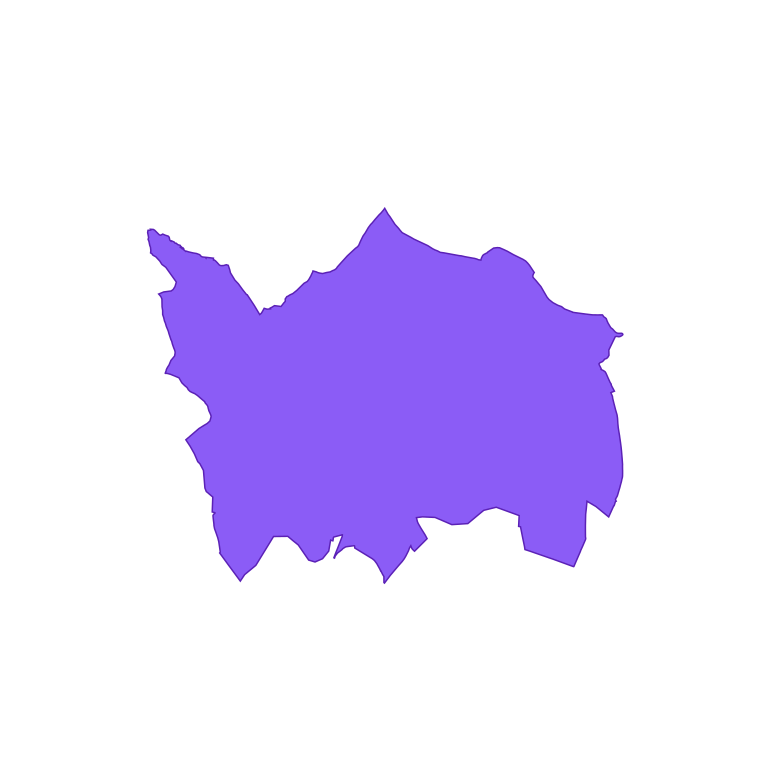 the district of Ciugud, Alba, Romania, rotated 238°
{"feature_id": "2599482B73619995262158", "entity_name": "Ciugud", "entity_type": "district", "adm_level": 2, "iso_a3": "ROU", "parent_name": "Romania", "parent_adm1": "Alba", "projection": "robinson", "projection_center": [23.641, 46.062], "detail": "fine", "context": "isolated", "style": "filled", "palette": "violet", "viewbox_px": 768, "rotation_deg": 238, "n_neighbors": 0, "source": "geoboundaries", "source_scale": "gbopen_adm2", "svg_char_len": 6135}
<svg xmlns="http://www.w3.org/2000/svg" viewBox="0 0 768 768"><g transform="rotate(238 384 384)"><path d="M439.4,533.7L438.6,532.7L437.7,531.8L439.5,529.8L440.6,529.1L442.5,527.4L443.7,526.0L449.0,520.2L451.6,517.6L453.1,515.7L463.4,504.4L465.9,501.4L468.4,500.0L470.8,498.2L473.0,496.9L478.1,494.5L491.1,486.1L494.2,484.5L502.7,479.6L505.9,479.1L508.1,478.9L513.5,477.9L523.0,477.7L525.7,477.4L532.6,477.7L531.7,475.5L530.6,472.0L530.1,469.6L528.3,463.6L526.7,458.8L526.4,457.3L525.0,453.7L522.1,448.2L520.6,444.6L517.4,439.5L515.1,436.2L514.4,434.4L514.2,431.7L512.1,420.8L509.5,411.6L508.0,406.5L507.2,404.8L507.0,402.6L507.4,400.4L507.6,397.7L509.0,394.3L510.2,390.5L512.1,388.3L513.6,386.9L515.0,386.0L517.5,383.7L516.6,382.7L515.5,380.8L514.5,379.4L512.4,375.5L511.6,373.2L511.8,369.6L510.3,362.8L509.6,359.7L509.0,354.6L509.4,351.6L509.4,348.8L509.6,347.9L508.4,345.2L507.9,345.0L506.4,344.0L505.8,341.8L504.3,337.8L508.5,332.6L508.5,329.7L508.7,327.7L507.9,327.6L509.4,324.5L511.7,322.5L509.9,319.3L509.0,317.5L508.7,315.4L519.4,315.6L532.2,315.3L532.7,314.8L538.9,314.1L546.2,313.6L551.1,312.6L559.6,312.7L562.9,313.8L567.2,314.8L568.7,313.5L568.9,312.8L569.5,310.7L570.7,308.6L571.5,307.8L572.3,307.4L575.3,306.9L577.6,306.4L579.1,305.8L579.5,305.1L580.9,305.8L581.1,306.0L584.5,301.8L585.6,300.4L585.1,299.8L586.1,299.7L588.1,297.2L589.5,296.5L590.7,296.4L591.5,296.1L594.0,294.2L596.3,291.6L599.6,288.3L601.4,286.8L601.4,286.2L604.3,285.2L604.6,285.8L606.0,285.7L606.3,285.3L605.5,284.7L605.8,284.4L606.5,284.5L607.8,283.6L608.0,283.8L607.3,284.9L607.5,285.0L608.8,284.4L609.4,284.7L609.9,284.4L611.3,283.1L613.6,282.3L613.7,281.9L614.3,281.4L615.6,281.3L618.0,279.7L617.8,279.1L619.5,278.6L622.3,279.6L623.7,279.4L626.2,277.3L628.4,275.8L628.5,273.5L629.6,272.5L636.0,271.0L637.3,270.3L638.9,268.1L638.2,268.1L638.3,267.3L639.4,265.3L637.7,263.8L633.0,262.0L631.7,260.6L629.4,260.2L625.7,258.8L623.7,258.4L620.6,256.9L618.9,255.5L617.5,256.2L616.0,256.2L614.9,256.7L612.8,257.9L607.0,259.0L604.0,259.0L602.9,259.1L598.6,260.8L580.5,261.9L577.4,258.4L575.9,255.3L575.7,252.8L578.8,246.0L579.7,240.6L577.3,241.0L575.4,241.0L573.6,240.6L567.1,236.7L563.6,235.2L560.2,233.1L557.2,232.4L553.7,231.2L551.7,230.9L548.1,229.9L543.3,229.1L540.6,228.3L534.5,226.8L532.7,226.6L530.0,225.7L526.0,224.8L524.1,224.5L522.0,223.9L521.0,223.3L518.7,221.2L516.9,215.8L514.0,211.7L512.9,209.3L511.6,207.1L510.9,206.5L509.1,204.2L508.7,204.4L508.5,204.9L507.5,206.1L505.2,208.2L497.9,213.4L492.1,213.2L488.3,214.1L485.4,215.1L482.8,215.0L480.4,215.6L478.4,216.8L476.1,218.4L473.1,219.7L468.2,221.2L463.9,222.6L463.0,222.3L459.5,222.8L458.4,222.7L456.4,222.0L454.1,221.3L450.8,220.9L448.9,220.5L448.0,220.1L447.2,219.3L444.9,216.8L444.2,213.1L444.3,209.5L444.3,205.0L444.3,203.5L441.7,186.4L433.9,186.6L425.4,186.2L416.8,184.9L413.9,185.6L406.4,185.1L390.7,177.0L387.0,176.3L378.9,178.9L366.5,170.5L364.5,172.4L364.0,172.1L363.7,170.3L363.0,169.2L360.0,167.7L355.5,165.6L353.9,164.7L351.0,163.6L347.2,162.8L341.6,161.5L337.8,160.3L328.7,156.3L328.1,155.9L327.8,155.1L313.7,156.1L293.0,157.7L296.2,164.8L298.1,179.2L313.2,209.5L305.8,221.7L299.3,223.8L292.9,226.0L274.6,226.8L269.6,231.2L268.4,239.3L271.6,248.6L279.9,256.0L278.1,257.5L278.8,258.3L279.7,258.9L280.7,259.9L280.8,260.5L278.5,267.7L278.4,268.6L278.2,268.8L277.0,267.9L276.0,266.6L269.8,258.3L267.4,255.0L265.7,252.7L263.2,249.4L262.6,249.8L264.0,251.5L265.3,255.1L265.5,257.7L265.8,260.5L266.2,261.9L266.2,265.2L265.3,267.3L262.8,272.8L262.6,273.1L262.2,273.2L261.2,272.7L260.4,272.3L248.4,278.3L242.0,281.5L239.6,282.3L239.1,282.4L235.5,282.7L229.6,282.4L227.2,282.1L227.2,282.3L223.1,281.9L220.8,281.9L215.6,278.7L214.9,278.9L218.4,288.0L222.3,300.2L223.8,305.3L225.0,308.4L226.5,311.3L229.6,316.4L231.5,318.8L232.6,321.0L232.2,320.9L231.2,320.7L230.7,320.6L229.3,320.5L227.7,320.8L226.9,321.0L226.6,321.1L226.0,321.3L226.1,321.7L230.0,338.6L234.2,338.9L234.9,338.9L236.1,338.9L236.6,338.9L237.4,338.9L241.0,338.9L242.1,338.9L242.3,338.9L247.6,339.1L249.6,339.4L253.5,340.7L250.9,346.3L243.8,356.6L228.8,367.0L221.2,381.1L223.5,397.7L224.0,401.7L220.0,413.9L200.8,428.9L191.9,422.7L190.6,424.1L179.8,420.0L171.7,417.0L168.9,415.8L165.0,419.1L161.5,421.9L147.0,433.6L146.8,433.8L129.1,447.6L128.7,447.9L128.6,448.3L132.0,453.2L135.1,457.7L137.9,461.8L138.6,462.6L141.1,466.4L145.4,472.6L146.4,473.4L146.8,473.5L147.7,473.9L152.1,476.6L157.4,479.9L164.7,484.7L166.8,486.1L171.2,489.6L177.0,494.0L167.8,498.8L152.2,504.1L158.9,514.2L158.8,514.5L159.5,515.5L161.2,517.4L161.9,518.5L161.7,518.8L162.7,519.0L163.7,519.3L164.5,520.9L165.4,522.5L166.6,523.9L168.4,525.9L171.2,529.1L173.4,531.4L175.3,533.5L177.3,535.4L178.4,536.6L179.5,537.5L181.8,539.0L184.2,540.5L185.1,541.0L188.2,542.9L189.4,543.7L194.5,546.4L197.6,548.0L201.3,549.9L205.0,551.7L208.9,553.5L213.9,555.7L215.4,556.4L218.1,557.5L222.8,559.5L225.0,560.6L226.8,561.5L229.7,563.1L231.4,564.0L232.8,564.6L234.1,565.2L235.1,565.5L239.7,566.8L244.7,568.4L245.4,568.6L250.5,570.3L252.5,571.2L256.5,571.8L255.8,575.6L261.5,576.0L262.8,576.2L263.4,576.6L265.6,576.6L269.4,577.1L270.1,577.2L273.5,577.7L275.7,578.0L277.3,578.0L279.1,577.2L281.3,575.8L281.6,576.2L282.8,576.4L286.3,576.7L287.2,577.0L287.6,578.4L287.2,581.2L287.5,582.3L287.7,583.2L288.2,584.0L287.7,586.4L288.0,587.9L289.1,590.0L293.7,592.7L297.6,598.9L301.5,605.1L301.4,605.8L301.1,606.5L299.6,608.2L299.1,609.5L299.0,611.0L299.1,612.3L299.4,612.8L299.6,612.9L300.4,612.9L301.0,612.5L301.5,611.7L302.6,609.9L303.6,608.7L304.8,608.0L305.9,607.6L309.4,607.0L311.6,606.2L313.7,606.2L317.0,606.3L319.2,606.6L321.6,607.1L322.8,606.8L324.3,606.1L325.6,605.9L326.0,606.0L326.3,606.0L326.9,605.8L329.6,601.4L332.2,597.4L336.6,591.9L344.8,582.0L345.0,582.1L351.9,576.9L355.5,575.6L358.7,573.1L363.4,570.4L368.2,568.7L371.3,568.3L383.3,568.7L391.0,567.7L394.9,567.0L395.9,567.0L397.2,567.8L398.4,569.4L398.9,570.5L407.4,570.3L410.5,569.9L413.2,569.3L416.1,567.9L425.1,562.3L431.5,558.8L432.2,558.3L434.1,557.1L438.2,554.3L439.6,552.4L441.2,549.0L440.9,541.8L440.6,541.3L440.9,537.3L440.7,535.9L439.4,533.7Z" fill="#8b5cf6" stroke="#5b21b6" stroke-width="1.5"/></g></svg>